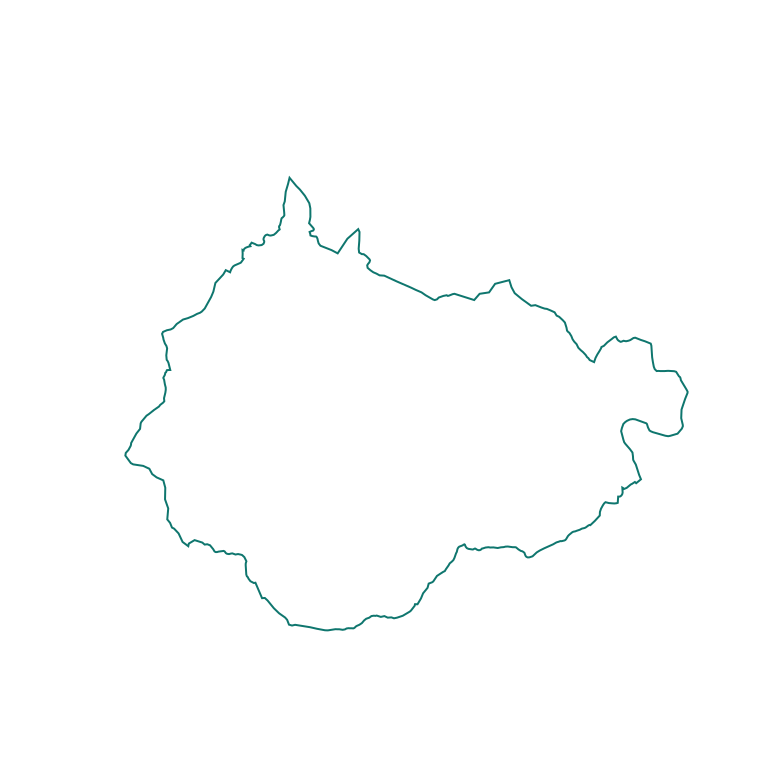 the district of Sohodol, Alba, Romania, rotated 60°
{"feature_id": "2599482B95775637612749", "entity_name": "Sohodol", "entity_type": "district", "adm_level": 2, "iso_a3": "ROU", "parent_name": "Romania", "parent_adm1": "Alba", "projection": "mercator", "projection_center": [22.993, 46.327], "detail": "fine", "context": "isolated", "style": "outline", "palette": "teal", "viewbox_px": 768, "rotation_deg": 60, "n_neighbors": 0, "source": "geoboundaries", "source_scale": "gbopen_adm2", "svg_char_len": 6165}
<svg xmlns="http://www.w3.org/2000/svg" viewBox="0 0 768 768"><g transform="rotate(60 384 384)"><path d="M426.6,634.6L424.6,632.8L424.5,626.1L430.5,620.6L433.4,619.6L434.4,617.2L436.7,615.3L441.6,614.5L444.2,614.5L445.3,613.9L446.0,612.8L446.5,610.9L448.4,606.3L449.4,605.7L451.4,605.5L452.6,604.8L453.8,603.3L454.4,601.1L454.9,600.0L457.4,597.9L458.3,595.4L460.3,593.2L461.2,592.4L464.1,591.5L468.7,591.8L470.2,593.4L471.6,594.3L480.1,598.5L482.0,598.9L483.3,598.5L484.7,598.7L488.0,598.3L491.3,596.2L491.8,594.7L508.5,596.7L509.7,594.2L513.2,593.1L523.1,591.5L530.1,589.5L536.8,586.4L539.8,585.8L544.9,586.6L547.2,584.4L548.1,581.4L557.6,569.7L562.5,564.4L567.8,558.2L569.3,555.8L572.0,548.8L574.1,545.3L576.2,542.7L577.0,540.5L577.0,538.7L577.6,537.1L580.4,532.5L580.4,531.4L579.9,529.4L579.9,528.4L580.2,525.7L580.0,522.7L578.8,519.4L578.4,516.8L579.0,513.6L578.7,510.9L579.6,508.6L580.5,507.4L580.9,506.1L584.1,503.2L585.2,499.7L588.2,497.6L589.8,494.3L591.9,492.5L592.9,489.5L594.1,483.6L594.0,475.5L593.7,473.9L591.4,468.3L590.2,467.3L590.7,466.3L591.3,465.6L591.5,465.1L588.2,459.2L584.8,454.8L582.3,448.2L579.2,445.1L579.8,441.3L579.6,440.0L576.7,434.1L576.3,427.2L576.4,424.8L575.4,423.1L573.3,418.6L572.2,416.8L571.8,414.3L571.2,412.0L569.8,409.9L566.7,406.3L565.8,404.9L563.6,402.8L562.8,401.5L562.5,400.2L563.1,396.4L562.9,395.5L563.1,394.5L563.6,394.3L564.7,394.5L565.9,394.6L567.6,394.3L569.0,393.3L571.5,390.2L571.8,389.7L571.9,387.7L572.2,387.2L574.0,386.3L575.2,385.3L575.8,384.1L575.9,383.0L575.5,381.3L575.8,380.7L576.4,377.8L577.6,375.1L578.7,373.8L580.2,371.0L582.9,367.5L583.9,364.4L585.1,361.9L585.6,360.1L586.6,358.1L589.8,354.0L590.9,352.0L591.6,351.3L594.4,350.3L596.9,349.0L598.1,347.8L599.5,347.1L600.6,346.8L602.5,347.2L604.1,347.3L605.0,347.0L606.0,346.3L606.8,344.8L607.5,341.5L606.2,335.9L606.1,332.3L606.4,327.4L607.4,317.7L607.4,314.0L607.6,312.9L607.9,311.8L608.1,310.4L608.4,309.5L608.9,308.8L609.7,306.1L609.8,305.0L609.4,303.8L607.7,300.8L607.2,299.2L606.5,295.0L606.6,293.9L607.3,291.8L607.4,290.8L608.1,287.4L608.2,284.9L609.0,282.3L609.1,281.0L608.7,277.6L608.9,276.3L609.4,275.9L608.0,269.9L605.8,262.9L602.8,261.0L600.5,258.4L598.5,255.1L597.5,253.1L597.1,251.3L599.6,248.7L601.4,246.1L602.6,244.3L603.5,242.3L603.8,241.0L598.6,237.5L599.1,236.7L599.5,235.5L599.2,234.0L598.4,232.6L597.3,231.6L592.9,229.4L593.8,228.9L594.9,228.8L595.3,225.8L594.4,220.5L594.5,219.0L594.3,215.7L596.0,215.2L595.0,209.1L590.3,208.5L579.7,206.2L574.8,206.2L573.8,205.9L571.0,204.5L567.6,203.1L563.3,203.6L556.5,204.9L554.5,205.1L551.8,204.5L543.4,202.2L541.1,200.0L538.3,196.7L537.6,194.2L537.4,192.0L537.7,188.8L538.7,186.2L540.3,184.0L549.2,176.5L550.2,176.3L553.6,177.1L557.0,177.3L558.2,176.7L560.1,175.3L569.4,166.3L571.3,164.0L572.0,162.0L573.8,154.6L571.6,148.4L570.0,146.3L568.8,145.7L562.2,143.7L554.9,139.1L547.5,130.7L543.5,125.6L542.4,124.9L540.1,124.8L529.2,125.0L527.1,124.3L526.1,124.2L524.8,124.7L519.5,124.9L518.0,126.3L514.7,131.3L512.9,134.9L511.1,138.0L509.9,139.8L509.1,141.4L506.5,142.1L503.9,141.7L499.3,140.1L494.9,138.4L484.5,133.3L482.4,132.8L477.4,136.7L474.3,139.5L469.5,143.3L468.9,145.0L469.1,148.7L468.8,150.5L468.0,153.0L466.3,155.0L466.1,157.0L465.7,158.1L463.5,159.3L462.1,159.6L458.9,159.5L458.5,161.7L458.9,164.1L459.6,169.8L460.9,174.5L460.7,177.2L461.7,178.3L463.2,180.9L465.1,184.5L467.2,187.8L470.1,191.1L466.1,193.9L463.7,194.1L462.3,194.7L459.8,194.8L455.9,195.7L453.1,196.7L449.8,197.6L445.8,197.3L442.4,198.1L439.5,198.3L436.2,197.8L432.3,197.9L430.9,198.5L429.3,198.8L426.5,197.8L421.2,196.6L418.0,197.3L413.4,198.7L411.1,200.3L407.2,200.4L403.4,203.1L400.4,205.4L399.0,207.2L396.4,209.5L391.4,213.5L389.8,217.5L379.3,222.2L370.7,225.4L363.9,225.2L356.7,223.6L352.8,237.7L357.2,247.2L353.7,256.1L356.4,263.9L341.1,277.9L340.5,279.7L339.9,283.9L339.5,284.8L338.5,285.3L337.4,288.5L336.5,293.4L337.2,295.7L336.7,298.1L335.3,299.3L327.9,303.6L323.4,305.7L318.3,309.5L314.2,312.3L301.5,321.7L290.3,329.6L287.7,333.5L284.7,335.3L281.9,337.4L278.7,338.9L275.2,340.1L272.8,339.2L271.9,337.5L271.4,335.9L270.0,334.3L268.8,334.2L264.3,335.4L261.4,336.7L260.5,338.2L257.7,339.8L254.2,338.3L247.5,333.7L240.1,329.2L237.0,328.9L239.9,343.1L247.7,358.8L241.8,362.5L232.5,369.9L229.6,370.3L227.1,369.7L225.0,369.0L223.3,368.8L222.3,369.1L221.5,370.4L220.0,372.2L218.6,373.4L218.0,373.2L217.4,372.9L215.1,372.4L215.3,370.6L215.7,368.5L215.1,367.5L214.3,367.2L213.3,367.3L207.3,368.5L204.8,366.1L202.5,364.2L195.1,360.0L190.1,358.3L181.4,358.4L173.6,359.6L168.8,360.9L158.2,362.7L162.7,367.0L168.4,373.0L176.2,378.6L178.8,381.6L185.4,384.6L188.0,385.9L188.5,386.6L189.1,388.5L189.2,389.6L189.8,390.4L191.9,392.2L193.6,393.8L194.5,394.8L194.8,395.7L195.5,396.4L198.0,397.1L198.2,398.7L199.2,401.9L199.7,404.9L198.8,407.9L197.9,409.1L196.3,410.3L196.0,411.4L196.0,412.3L196.3,413.3L197.3,415.0L198.1,415.8L198.9,416.2L200.4,416.3L201.3,416.9L202.3,418.2L202.5,420.5L201.3,423.3L200.1,424.7L198.3,425.7L195.4,428.0L195.9,429.0L196.6,430.8L197.9,430.8L197.5,432.0L197.2,433.3L196.9,435.1L196.9,436.5L197.4,438.2L198.1,438.8L197.1,439.5L200.4,441.2L204.2,443.6L205.4,442.9L207.3,447.2L207.3,448.0L206.6,454.2L206.8,456.0L207.8,458.1L209.2,460.2L210.3,461.4L206.3,464.1L208.8,468.5L212.2,479.5L218.7,485.6L222.2,490.2L229.0,501.5L230.2,505.7L230.3,507.8L229.8,510.8L229.7,515.1L228.9,520.9L227.7,525.8L228.4,533.6L230.2,538.6L230.1,541.5L228.9,545.1L228.4,549.3L229.6,551.1L233.6,552.1L235.2,552.7L239.4,553.5L242.2,553.4L244.7,554.0L250.3,558.2L254.4,560.1L256.0,559.9L258.0,560.1L265.0,562.1L263.8,564.3L263.5,565.2L264.8,566.8L264.9,567.7L266.6,569.3L268.2,571.9L268.9,572.2L270.1,572.2L274.7,573.9L277.9,574.8L279.9,575.9L282.2,577.7L286.3,581.6L289.1,582.9L289.7,584.6L290.2,588.3L291.0,590.1L291.5,596.1L292.5,602.8L292.7,605.5L295.4,612.9L296.4,614.4L300.9,617.7L303.1,623.2L308.7,632.5L310.0,633.4L310.9,634.3L313.3,638.2L314.6,642.1L316.7,643.8L325.9,642.8L328.2,641.4L334.5,633.5L340.1,629.6L346.1,629.8L351.2,627.6L357.1,623.3L364.5,625.3L374.4,631.3L383.9,633.1L392.9,639.4L397.3,638.7L402.3,639.4L404.3,638.1L410.7,636.6L420.1,637.4L426.6,634.6Z" fill="none" stroke="#0f766e" stroke-width="2"/></g></svg>